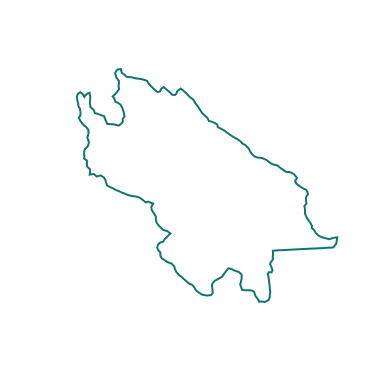 Itaguaçu, Espírito Santo, Brazil, rotated 303°
{"feature_id": "56859067B33712162674860", "entity_name": "Itaguaçu", "entity_type": "district", "adm_level": 2, "iso_a3": "BRA", "parent_name": "Brazil", "parent_adm1": "Espírito Santo", "projection": "equal_earth", "projection_center": [-40.868, -19.725], "detail": "fine", "context": "isolated", "style": "outline", "palette": "teal", "viewbox_px": 384, "rotation_deg": 303, "n_neighbors": 0, "source": "geoboundaries", "source_scale": "gbopen_adm2", "svg_char_len": 3553}
<svg xmlns="http://www.w3.org/2000/svg" viewBox="0 0 384 384"><g transform="rotate(303 192 192)"><path d="M113.4,261.0L115.8,264.1L118.7,264.4L121.0,262.6L122.8,261.1L124.7,259.4L127.5,259.0L129.8,259.4L132.4,260.8L134.9,262.1L137.4,263.4L140.1,263.4L142.2,263.6L144.9,263.7L147.9,264.1L148.8,266.7L149.3,270.5L150.5,275.1L149.7,278.6L146.8,280.6L143.4,281.9L140.6,282.8L139.2,284.8L137.2,287.3L138.2,289.4L139.7,292.0L141.7,295.0L142.2,298.4L139.5,301.5L137.9,305.8L136.5,308.1L137.9,309.7L139.4,313.0L143.1,315.1L146.3,314.4L148.4,313.1L150.5,312.3L152.9,310.3L155.6,308.2L157.7,306.4L159.5,304.9L162.7,302.2L164.2,300.3L166.6,300.1L167.9,302.5L170.4,302.0L172.6,299.1L173.9,296.9L175.8,296.3L179.4,296.6L181.8,294.9L184.3,293.6L186.8,291.8L190.0,296.0L193.6,301.1L195.7,303.9L206.4,318.6L209.8,323.3L212.4,327.0L214.2,329.4L216.1,332.1L217.8,334.3L222.4,340.7L227.4,341.1L233.0,338.5L230.4,335.3L227.2,333.0L225.8,328.6L224.6,324.9L224.4,321.6L225.1,317.8L226.7,315.0L227.0,312.1L229.0,311.0L230.9,307.3L232.2,303.7L233.7,301.0L235.6,298.3L238.5,296.7L241.5,293.9L244.6,294.3L248.8,290.8L250.7,290.3L253.2,290.5L254.8,288.8L256.0,286.7L255.7,284.2L255.5,281.5L255.6,278.2L255.8,275.1L257.2,272.6L261.0,272.4L262.5,267.9L262.0,263.0L260.2,260.5L260.2,256.6L260.3,253.1L260.8,249.1L259.3,245.2L259.0,242.0L259.4,237.1L258.6,232.1L256.6,228.3L255.9,225.1L256.3,222.4L257.5,219.0L259.3,216.1L259.9,213.6L260.4,210.8L260.1,208.1L260.8,205.5L261.0,201.8L260.7,197.4L260.7,193.9L260.8,189.9L261.1,185.8L260.8,181.4L260.5,178.3L262.3,176.5L262.3,173.7L261.7,170.3L260.8,167.5L262.4,164.8L263.2,161.0L263.7,157.5L264.7,155.3L265.7,153.1L267.0,150.2L268.4,146.2L270.2,142.6L270.5,138.3L271.4,134.5L271.9,131.9L272.4,129.0L272.6,126.2L270.2,125.3L268.1,124.7L265.9,125.4L264.0,124.8L262.8,122.4L263.5,119.3L264.0,115.6L264.6,111.1L261.7,110.0L258.9,110.4L257.0,108.6L257.4,105.3L258.0,102.0L258.7,99.1L259.5,96.2L260.7,93.8L260.1,91.1L259.2,88.3L258.0,85.6L256.5,82.6L255.4,79.0L254.2,76.8L253.0,74.4L253.7,70.9L253.6,68.2L256.4,65.4L253.8,62.7L250.3,62.6L248.6,64.1L246.7,66.3L245.4,70.1L243.0,71.7L240.7,72.8L238.5,74.9L232.1,74.3L229.0,73.4L227.8,76.3L225.8,78.8L226.5,81.4L226.3,84.7L224.3,88.0L221.8,91.2L218.6,94.3L215.5,94.1L213.0,95.8L210.0,95.2L207.8,94.4L206.4,90.1L204.5,86.6L203.0,83.8L205.4,80.1L207.8,76.8L206.9,74.0L206.3,70.8L205.3,67.6L207.3,64.9L207.9,60.7L211.0,57.8L213.6,56.5L216.3,54.9L219.4,52.0L217.1,50.4L213.1,49.8L214.5,47.4L214.9,43.9L212.2,42.9L209.2,43.5L206.3,46.0L204.6,48.1L202.4,49.7L200.7,52.7L198.0,55.2L195.0,56.8L192.6,56.6L191.1,59.2L189.8,62.0L189.0,65.3L188.8,68.2L187.6,71.3L184.6,73.4L180.6,74.6L177.9,78.1L175.3,79.4L172.6,79.7L169.3,78.7L166.1,80.1L163.8,82.0L161.3,83.2L161.2,86.7L158.7,88.3L156.3,90.2L155.4,94.1L153.1,95.8L150.9,96.7L153.7,100.0L153.1,103.7L156.2,106.4L156.2,110.1L155.1,112.6L153.1,114.8L151.2,117.3L151.4,120.2L152.1,124.1L152.1,126.9L152.9,129.9L153.2,132.9L153.8,135.5L154.5,139.4L155.8,143.6L157.8,147.7L158.7,150.8L158.6,154.7L158.1,159.0L159.9,160.2L161.1,165.8L157.3,166.0L154.9,168.2L153.4,171.5L151.8,175.0L149.0,176.8L146.9,179.2L145.7,182.5L145.1,185.7L144.5,188.4L145.7,192.5L145.5,196.5L143.3,195.9L141.0,195.6L138.2,194.9L134.4,194.8L132.1,192.7L129.2,192.2L126.5,193.0L125.0,195.2L124.0,198.5L121.4,200.1L119.9,202.7L119.9,205.7L119.9,209.6L120.8,214.0L119.9,217.7L118.0,219.7L116.4,222.4L115.3,226.2L115.2,229.1L114.6,232.0L114.1,235.7L113.6,239.6L114.2,242.5L113.4,245.7L111.7,248.7L111.4,252.3L111.5,256.9L113.4,261.0Z" fill="none" stroke="#0f766e" stroke-width="2"/></g></svg>